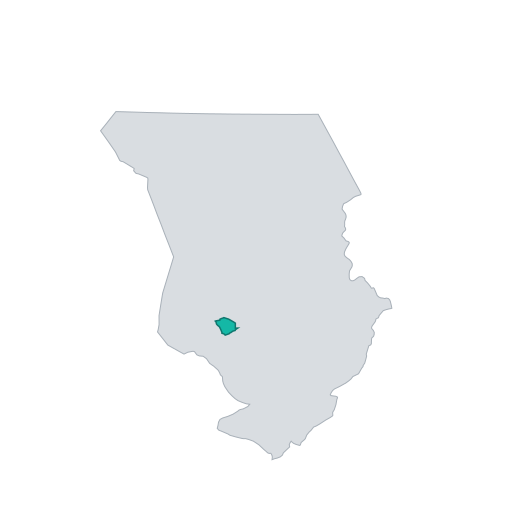 Barh-El-Gazel Ouest, Barh El Gazel, Chad (highlighted), rotated 334°
{"feature_id": "50815135B59767652467514", "entity_name": "Barh-El-Gazel Ouest", "entity_type": "district", "adm_level": 2, "iso_a3": "TCD", "parent_name": "Chad", "parent_adm1": "Barh El Gazel", "projection": "orthographic", "projection_center": [16.14, 13.385], "detail": "fine", "context": "in_parent", "style": "filled", "palette": "teal", "viewbox_px": 512, "rotation_deg": 334, "n_neighbors": 0, "source": "geoboundaries", "source_scale": "gbopen_adm2", "svg_char_len": 4194}
<svg xmlns="http://www.w3.org/2000/svg" viewBox="0 0 512 512"><g transform="rotate(334 256 256)"><path d="M374.0,155.9L374.5,166.6L375.0,177.3L375.5,187.9L375.9,198.6L376.4,209.3L376.8,220.0L377.2,230.7L377.7,241.4L377.8,245.0L377.6,246.4L377.4,246.6L377.0,246.8L371.5,246.0L369.1,246.1L365.8,246.9L360.9,247.5L357.7,247.4L355.6,249.3L353.9,251.6L354.9,256.9L354.8,258.7L354.1,260.5L352.7,262.1L351.2,263.4L350.4,264.6L349.3,267.0L348.5,268.1L348.6,269.7L348.4,271.2L347.5,272.1L345.3,272.8L343.8,273.5L342.6,274.7L341.9,275.6L342.3,276.7L342.9,278.2L343.3,280.5L343.6,281.9L344.8,283.0L345.5,283.8L345.7,284.8L345.1,285.6L342.3,287.4L341.2,288.1L339.9,289.0L339.4,289.4L337.4,291.1L336.4,292.5L335.9,293.8L336.0,295.4L337.1,297.9L338.3,300.0L338.8,301.6L339.1,303.3L339.1,305.0L338.5,306.5L337.5,307.8L333.6,310.3L331.8,313.1L330.3,316.4L330.0,318.2L330.4,319.3L331.2,320.3L332.4,320.8L334.1,320.9L336.9,320.3L339.5,319.9L342.3,321.0L343.8,323.7L343.3,325.7L344.5,329.3L345.5,333.7L345.5,335.2L345.9,335.7L347.6,336.0L348.0,337.0L347.6,344.7L348.5,346.8L349.7,348.3L351.1,349.1L352.4,350.1L353.1,350.8L354.6,350.9L356.4,352.3L356.9,354.1L356.8,355.9L355.9,359.9L355.2,362.5L354.2,362.4L352.1,361.8L349.6,361.3L346.5,360.9L343.7,362.1L340.5,363.5L339.6,364.6L338.7,365.2L337.3,365.1L336.0,365.3L335.4,366.3L334.2,367.4L329.7,369.8L328.8,370.6L328.2,371.5L328.3,372.4L328.8,374.2L328.8,376.5L327.8,378.3L326.6,379.6L325.3,380.1L324.2,380.4L323.5,381.2L321.2,385.4L320.1,386.2L318.1,386.1L312.1,392.5L311.6,394.4L309.4,397.0L306.7,400.0L304.2,401.4L304.0,402.0L303.3,402.5L301.8,403.2L296.5,406.8L290.2,406.8L287.4,408.2L284.6,408.9L280.6,409.6L279.4,409.6L274.3,409.9L268.2,409.9L265.9,410.5L263.7,411.8L262.1,413.0L261.9,413.4L262.2,413.9L262.1,414.3L266.3,417.1L267.4,418.6L266.4,419.9L265.9,420.2L265.1,421.3L262.7,424.6L258.9,428.5L257.0,429.7L256.2,430.4L255.2,432.9L254.6,433.3L252.0,433.7L246.8,434.0L239.7,434.9L235.5,435.2L232.8,435.0L229.1,436.8L227.8,437.2L226.9,437.4L223.2,439.1L220.2,441.8L219.1,442.3L214.8,443.4L213.0,445.3L212.2,445.4L209.5,443.0L207.6,440.8L206.6,438.6L206.5,437.9L206.0,438.0L204.5,439.0L203.2,440.1L202.6,442.3L198.1,443.7L194.3,444.9L192.5,446.5L189.8,447.2L186.4,446.9L183.7,446.3L181.1,446.1L182.4,444.1L182.9,442.7L183.0,440.9L182.8,439.8L181.3,439.2L180.3,438.2L178.0,432.7L175.8,426.9L172.5,421.3L169.0,417.7L166.5,415.5L165.7,415.2L164.4,414.5L163.5,413.9L158.8,410.0L154.0,405.7L152.8,403.7L150.3,400.8L147.7,397.8L146.3,396.4L145.6,393.9L147.5,391.7L149.5,388.9L152.0,387.1L155.1,387.0L160.4,387.8L166.0,388.1L171.6,387.5L173.0,387.1L174.5,387.1L177.5,387.8L182.7,387.7L185.4,386.5L182.5,384.6L179.4,381.5L176.4,378.1L174.7,375.1L173.1,371.1L171.6,366.3L170.7,359.9L170.8,356.4L171.3,353.8L172.9,349.7L171.9,347.2L172.1,345.3L172.0,342.4L171.5,340.9L169.5,336.0L169.1,335.5L167.3,332.2L166.5,326.6L164.5,322.9L161.3,321.0L159.5,318.9L158.8,315.0L157.6,314.0L152.5,312.6L148.3,312.6L145.2,308.2L141.3,302.6L137.7,297.4L135.5,287.1L134.2,281.1L135.8,279.3L138.8,275.2L142.7,267.1L151.4,254.7L155.9,248.4L164.7,238.9L175.5,227.3L181.6,220.7L182.6,208.7L183.6,196.1L184.5,186.5L185.4,175.1L186.3,165.7L186.9,158.8L187.7,149.0L188.4,147.1L192.6,139.5L192.9,138.4L192.1,137.2L186.3,130.6L184.4,129.2L183.4,125.8L184.9,123.9L177.9,113.0L176.2,111.7L175.4,110.3L175.4,108.4L175.3,100.9L173.5,89.1L171.2,75.3L179.4,71.5L185.6,68.5L193.4,64.8L200.7,68.6L211.4,74.2L222.0,79.8L232.7,85.3L243.4,90.9L254.1,96.4L264.9,101.9L275.7,107.4L286.5,112.8L297.4,118.3L308.3,123.7L319.2,129.1L330.1,134.5L341.1,139.9L352.0,145.3L363.0,150.6L374.0,155.9Z" fill="#d9dde1" stroke="#a8b0b8" stroke-width="1"/><path d="M196.1,313.9L197.8,314.1L198.6,313.7L199.7,313.8L202.1,313.4L203.6,313.6L204.6,313.8L205.1,313.3L206.4,313.0L208.0,312.8L205.8,311.8L208.0,307.3L206.9,305.4L203.7,300.7L200.1,297.3L199.2,297.3L197.9,297.1L197.0,297.0L196.4,297.1L195.9,297.0L195.3,297.9L194.3,297.5L193.2,297.2L192.3,297.0L191.9,296.8L190.9,296.7L191.1,297.2L191.1,298.2L191.0,298.5L190.9,298.8L190.7,299.9L191.1,301.5L191.7,302.7L192.1,303.8L192.1,306.5L191.9,309.7L191.5,310.5L192.8,311.7L193.4,312.7L193.6,313.6L196.1,313.9Z" fill="#14b8a6" stroke="#0f766e" stroke-width="1.5"/></g></svg>